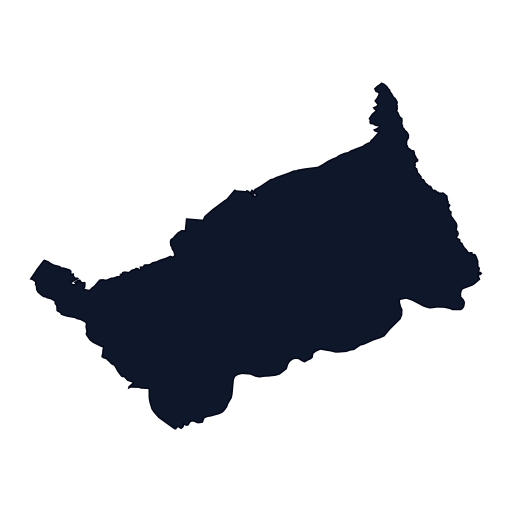 Parscov, Buzau, Romania
{"feature_id": "2599482B35327371423245", "entity_name": "Parscov", "entity_type": "district", "adm_level": 2, "iso_a3": "ROU", "parent_name": "Romania", "parent_adm1": "Buzau", "projection": "robinson", "projection_center": [26.534, 45.302], "detail": "fine", "context": "isolated", "style": "filled", "palette": "ink", "viewbox_px": 512, "rotation_deg": 0, "n_neighbors": 0, "source": "geoboundaries", "source_scale": "gbopen_adm2", "svg_char_len": 6035}
<svg xmlns="http://www.w3.org/2000/svg" viewBox="0 0 512 512"><path d="M479.5,279.2L477.8,275.2L480.5,274.4L481.3,273.3L480.1,272.4L478.3,272.5L479.3,268.6L478.8,267.6L477.6,266.2L477.9,264.5L477.6,262.8L477.8,261.4L476.1,256.8L475.3,255.2L474.5,254.5L472.5,254.7L472.0,254.3L471.9,252.8L470.4,252.7L469.6,253.1L468.1,252.5L466.1,249.7L464.1,247.7L462.6,245.2L461.9,243.4L461.0,243.1L459.5,241.5L459.8,240.2L459.6,239.7L456.9,238.3L456.2,237.1L457.6,235.6L458.1,233.8L457.7,231.9L456.5,230.6L456.0,228.9L456.5,228.1L456.8,225.6L456.1,223.1L455.3,222.4L455.2,221.8L453.3,219.3L452.8,218.3L451.7,217.3L450.7,215.1L451.0,211.9L449.3,210.9L448.6,208.6L448.1,207.8L448.2,207.2L448.8,207.0L449.7,205.2L447.9,203.5L448.1,201.8L447.6,201.1L447.0,198.0L446.9,196.2L443.3,193.2L442.3,193.0L441.1,193.5L440.1,193.1L439.0,193.7L438.4,192.4L436.8,192.1L435.9,191.0L434.4,190.2L433.3,190.5L432.7,190.4L430.6,186.5L429.4,186.1L428.2,186.0L427.5,184.7L425.1,183.1L424.7,181.8L423.5,179.9L421.8,179.2L421.0,178.4L420.9,176.5L419.6,175.3L419.2,174.4L417.9,173.3L417.1,171.9L417.3,171.0L416.9,170.6L416.7,168.9L415.4,168.1L414.7,166.4L415.2,165.1L414.8,162.8L415.6,162.3L415.8,161.3L417.1,161.3L417.5,161.1L417.7,159.9L416.4,158.4L415.1,155.7L414.4,154.8L414.4,153.3L413.6,150.8L411.3,150.8L410.5,149.6L409.2,148.9L407.7,147.6L407.2,145.7L406.4,145.6L406.6,145.0L406.2,144.2L406.6,143.7L406.3,142.3L406.8,141.3L406.9,140.0L408.0,138.7L407.9,138.4L408.4,137.5L408.3,136.8L408.5,135.8L408.3,134.8L407.2,132.6L404.4,129.9L403.8,128.5L402.3,127.4L402.5,125.6L401.9,124.8L401.7,123.4L402.0,120.7L401.8,118.5L400.7,117.9L399.2,116.1L398.0,113.0L396.6,111.2L396.5,110.7L397.2,109.4L397.1,105.6L396.5,104.7L397.2,102.6L396.8,101.4L395.2,98.6L393.2,97.0L391.9,94.4L389.8,91.5L389.6,90.1L388.0,88.6L387.1,87.0L384.4,84.5L381.6,83.2L380.5,84.3L377.5,86.3L374.8,88.8L375.8,91.0L376.3,91.6L377.8,91.9L379.4,93.2L378.7,95.4L377.1,98.5L375.2,100.9L376.9,103.1L378.1,103.7L378.1,104.3L376.8,106.5L373.7,107.7L374.3,108.7L376.6,110.6L372.3,114.3L369.4,118.7L370.1,119.5L370.4,120.2L370.0,121.9L370.3,122.5L370.3,123.1L370.7,123.5L373.2,123.8L375.1,125.0L376.3,125.5L378.5,125.6L379.4,126.2L379.4,126.8L378.8,127.6L376.3,129.1L374.2,129.9L374.7,130.5L375.8,131.2L379.2,132.1L372.2,140.0L371.5,140.1L370.2,142.5L369.5,143.1L368.7,143.0L366.7,144.0L364.8,145.0L362.9,146.5L354.4,149.6L354.4,150.1L353.2,150.5L352.9,150.2L350.5,151.2L348.4,152.7L345.1,153.3L341.2,154.8L338.5,156.1L336.7,157.6L333.2,158.9L328.2,161.3L323.1,164.6L318.0,167.4L304.4,169.1L297.7,170.3L296.7,170.9L293.8,171.1L288.3,173.4L276.3,177.6L273.5,179.1L270.9,179.6L261.1,186.2L256.3,189.0L255.2,189.4L253.9,191.7L256.9,195.3L255.1,196.8L253.5,195.6L252.7,196.2L251.5,194.3L251.9,194.0L253.7,194.0L254.8,193.1L253.3,191.3L252.0,190.3L251.0,191.7L250.5,193.4L248.2,191.3L246.8,190.8L246.3,191.8L236.6,191.1L234.8,190.2L226.9,199.5L224.6,200.9L212.8,209.7L205.1,216.4L203.2,220.4L186.6,219.0L185.4,230.9L181.7,230.7L178.0,233.0L174.4,236.7L173.6,238.1L172.1,238.9L170.9,239.9L170.5,241.7L170.8,245.4L171.8,246.5L172.3,249.0L173.9,251.3L174.6,254.0L175.5,254.9L172.9,257.3L170.5,256.4L165.7,258.5L159.3,260.5L157.4,261.7L152.4,262.9L150.3,264.5L147.7,265.0L145.3,264.9L144.1,265.4L143.8,266.7L143.5,267.0L140.4,267.2L140.6,268.7L140.7,269.8L140.4,270.1L139.5,270.0L137.8,268.7L136.2,268.4L134.6,269.6L132.0,270.2L129.6,272.2L128.5,272.6L124.6,272.1L122.8,272.6L121.9,274.2L120.7,274.5L121.2,275.1L121.1,275.6L119.1,276.7L117.2,276.8L113.4,278.2L111.3,278.3L106.7,280.2L105.3,280.3L102.9,279.8L99.8,280.1L94.3,286.5L92.4,287.7L90.1,290.1L89.3,290.5L85.9,289.9L83.3,288.9L84.6,287.1L84.9,285.1L84.8,282.8L84.4,282.6L82.0,282.9L81.2,282.0L80.1,282.1L79.9,281.7L80.2,280.8L79.7,280.2L77.8,280.6L75.0,282.4L76.5,283.3L75.3,284.3L73.7,284.9L70.9,283.8L70.9,282.4L77.9,278.6L77.6,278.3L75.0,278.2L74.4,277.3L73.4,276.3L73.3,274.1L71.6,274.2L70.8,273.9L70.5,272.6L70.9,271.9L70.7,271.0L69.4,269.9L63.5,268.1L61.2,268.1L59.6,266.6L53.8,265.2L49.6,263.0L48.6,262.0L44.4,260.3L43.8,260.7L37.0,269.5L35.5,272.0L30.7,278.9L32.5,279.4L35.9,281.8L35.6,284.1L36.5,286.4L36.7,289.5L38.0,291.9L41.7,295.2L43.8,296.6L45.4,296.7L47.2,297.7L50.9,298.6L54.6,300.7L55.1,301.3L55.3,303.6L56.9,305.6L57.1,310.4L57.4,310.8L60.5,312.5L61.5,314.3L67.3,316.1L74.9,317.4L77.2,318.6L80.5,319.3L85.6,322.0L86.6,323.9L86.1,326.7L87.0,331.4L86.4,333.6L86.4,334.4L88.0,336.8L90.2,339.9L93.1,342.2L101.0,346.1L102.6,346.6L103.3,346.3L103.5,348.2L103.0,350.3L102.8,353.4L102.1,355.9L102.1,356.7L103.6,357.7L106.6,358.6L108.1,360.3L108.8,360.7L111.7,363.8L114.1,364.9L115.2,366.2L117.9,371.1L121.6,376.1L122.8,376.6L124.2,376.4L127.7,380.2L133.5,382.2L133.1,383.2L129.1,386.7L128.8,387.9L130.6,387.0L131.4,387.0L139.2,387.2L140.7,387.9L149.2,388.4L149.3,397.7L150.0,401.9L152.0,408.7L153.9,411.7L158.8,417.3L173.4,427.8L174.6,428.6L175.7,428.8L176.7,427.1L178.2,426.7L179.0,426.8L180.5,428.0L181.3,428.3L183.1,426.5L183.7,423.9L186.1,425.1L187.6,425.0L188.3,424.5L189.3,422.5L190.9,421.1L193.7,420.9L197.6,422.6L199.1,422.6L202.4,422.0L203.8,418.0L205.6,417.0L207.5,416.3L210.9,415.8L219.6,413.3L222.5,411.8L224.6,409.5L226.6,406.6L227.8,403.3L231.1,397.8L231.9,394.1L233.2,379.9L234.4,376.5L237.6,374.4L241.9,373.3L250.4,373.9L255.7,376.1L259.6,376.8L263.9,376.1L268.5,375.9L275.5,375.1L279.5,373.9L286.2,368.7L287.6,364.1L289.4,361.3L292.2,359.1L294.9,358.2L298.5,358.4L302.8,361.0L304.6,361.7L308.1,359.7L310.8,358.5L312.2,357.1L312.6,354.0L313.3,352.9L316.2,350.8L320.3,349.0L331.5,350.9L335.3,351.9L338.5,351.9L346.3,351.3L350.2,349.9L353.8,349.4L360.1,345.0L363.7,344.1L373.3,339.8L380.2,337.5L384.0,335.8L389.5,329.2L400.1,318.7L401.6,314.8L401.8,309.7L400.5,306.9L399.4,302.9L399.3,300.3L399.9,299.3L405.5,298.1L407.3,298.3L412.5,300.1L423.9,306.1L429.2,307.7L431.1,307.7L437.0,306.9L444.2,307.1L450.1,308.4L452.6,309.5L460.4,309.5L461.8,308.9L463.1,307.4L463.8,305.9L464.3,302.4L463.2,299.9L460.6,297.0L460.4,293.4L461.4,289.8L462.8,288.5L472.4,284.9L474.5,283.5L479.5,279.2Z" fill="#0f172a" stroke="#020617" stroke-width="1.5"/></svg>